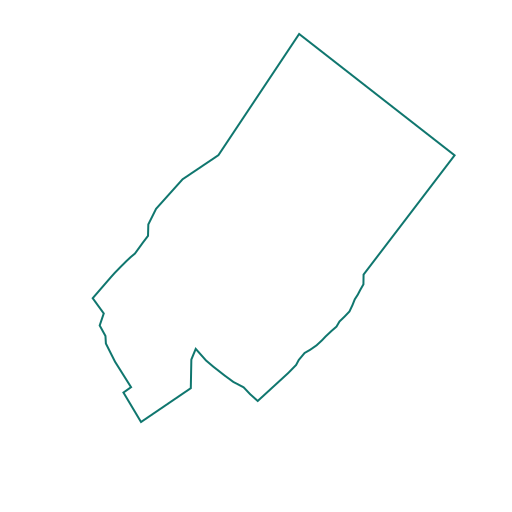 the district of Godoy Cruz, Mendoza, Argentina, rotated 128°
{"feature_id": "61730980B65696881637259", "entity_name": "Godoy Cruz", "entity_type": "district", "adm_level": 2, "iso_a3": "ARG", "parent_name": "Argentina", "parent_adm1": "Mendoza", "projection": "equal_earth", "projection_center": [-68.856, -32.929], "detail": "fine", "context": "isolated", "style": "outline", "palette": "teal", "viewbox_px": 512, "rotation_deg": 128, "n_neighbors": 0, "source": "geoboundaries", "source_scale": "gbopen_adm2", "svg_char_len": 824}
<svg xmlns="http://www.w3.org/2000/svg" viewBox="0 0 512 512"><g transform="rotate(128 256 256)"><path d="M369.2,165.4L328.6,158.6L317.2,157.3L311.6,158.3L302.5,158.0L296.6,155.6L289.2,153.3L281.8,152.1L276.5,151.6L268.7,150.4L262.1,149.1L256.2,149.9L249.2,148.9L242.2,148.2L235.5,149.7L229.3,151.5L223.8,152.0L218.4,153.0L212.2,153.9L204.4,159.8L54.4,161.5L54.5,358.7L199.7,347.7L240.7,361.1L280.3,363.8L297.4,360.3L306.6,353.5L314.9,353.4L328.6,352.9L334.1,354.1L339.9,355.0L347.9,356.0L356.1,356.9L361.9,357.3L375.8,358.0L389.8,358.7L395.0,340.6L407.0,336.4L411.7,325.4L417.4,320.4L426.1,302.0L428.5,295.3L436.3,273.7L445.2,276.4L457.6,244.4L400.3,226.0L377.4,243.2L366.3,246.3L369.1,231.1L369.5,221.4L369.5,206.9L369.2,196.3L367.1,184.9L368.5,175.6L369.2,165.4Z" fill="none" stroke="#0f766e" stroke-width="2"/></g></svg>